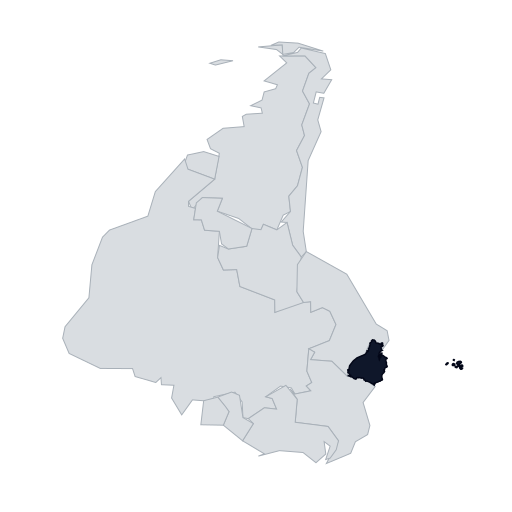 Ecuador highlighted on a map of South America, rotated 176°
{"feature_id": "ECU", "entity_name": "Ecuador", "entity_type": "country or territory", "adm_level": 0, "iso_a3": "ECU", "parent_name": "South America", "parent_adm1": "", "projection": "albers", "projection_center": [-81.617, -1.768], "detail": "fine", "context": "in_parent", "style": "filled", "palette": "ink", "viewbox_px": 512, "rotation_deg": 176, "n_neighbors": 12, "source": "natural_earth", "source_scale": "50m", "svg_char_len": 8296}
<svg xmlns="http://www.w3.org/2000/svg" viewBox="0 0 512 512"><g transform="rotate(176 256 256)"><path d="M215.2,455.2L221.1,460.5L239.2,464.4L215.1,464.8L215.2,455.2ZM291.9,335.5L285.4,361.0L293.9,366.2L296.7,375.7L279.9,385.7L258.8,385.9L259.9,396.2L255.8,398.1L239.7,398.0L240.6,403.4L250.8,406.3L239.1,411.1L236.4,419.1L224.7,421.5L222.7,425.3L235.7,430.1L211.9,446.5L218.5,453.9L193.2,452.2L183.1,439.7L190.5,434.6L198.1,417.3L192.0,404.0L201.2,383.6L199.2,372.8L208.2,358.4L203.5,341.2L209.7,323.2L219.1,313.4L218.5,298.0L226.0,294.9L233.4,280.6L246.4,287.1L249.2,281.9L257.0,282.3L270.6,294.6L291.5,303.4L285.5,315.9L305.4,318.0L316.5,306.4L319.5,315.3L291.9,335.5Z" fill="#d9dde1" stroke="#a8b0b8" stroke-width="1"/><path d="M215.2,455.2L215.1,464.8L226.4,465.1L218.3,467.9L199.2,465.4L174.6,455.7L198.5,461.3L204.2,456.4L215.2,455.2ZM210.9,251.8L218.7,264.2L222.7,287.3L228.5,288.1L218.5,298.0L219.1,313.4L209.7,323.2L203.5,341.2L208.2,358.4L199.2,372.8L201.2,383.6L192.0,404.0L198.1,417.3L190.5,434.6L183.1,439.7L193.2,452.2L215.7,453.7L200.3,456.2L196.3,460.3L172.7,453.1L168.4,436.5L178.4,428.1L168.2,426.6L177.0,413.6L184.5,415.5L188.1,404.6L183.6,403.1L181.4,409.8L177.1,409.0L184.9,387.5L182.4,375.5L197.3,347.6L207.2,277.3L205.5,256.9L210.9,251.8Z" fill="#d9dde1" stroke="#a8b0b8" stroke-width="1"/><path d="M265.3,452.4L283.2,449.3L288.6,451.5L277.4,454.2L265.3,452.4Z" fill="#d9dde1" stroke="#a8b0b8" stroke-width="1"/><path d="M291.9,335.5L317.8,347.3L321.7,351.5L317.3,361.5L300.9,363.8L285.9,357.9L291.9,335.5Z" fill="#d9dde1" stroke="#a8b0b8" stroke-width="1"/><path d="M320.4,357.8L317.8,347.3L291.9,335.5L319.5,315.3L319.8,310.2L313.0,307.6L315.6,296.5L308.0,295.9L305.5,285.3L290.8,283.2L294.4,257.1L289.5,244.3L276.2,243.8L274.2,226.7L240.4,210.9L241.1,198.4L220.6,206.8L204.7,206.6L205.3,196.0L193.4,199.9L186.2,195.7L181.0,182.1L188.7,166.5L209.8,159.8L213.3,137.6L209.2,125.9L214.9,122.8L210.7,117.7L226.8,115.6L230.0,122.0L240.6,124.5L256.1,114.9L249.8,112.7L246.1,101.8L258.2,104.0L275.0,94.3L280.3,95.7L280.0,111.4L286.5,121.6L307.9,118.6L308.1,113.7L329.4,116.9L341.2,102.7L350.1,120.2L346.9,132.8L359.3,134.2L359.3,141.3L364.8,136.8L385.0,144.2L387.0,152.3L419.2,154.7L449.2,171.8L454.6,187.4L451.4,198.8L425.6,226.0L420.3,258.7L407.8,285.5L400.3,292.1L361.1,303.3L351.9,327.3L320.4,357.8Z" fill="#d9dde1" stroke="#a8b0b8" stroke-width="1"/><path d="M211.8,206.3L241.1,198.4L240.4,210.9L274.2,226.7L276.2,243.8L289.5,244.3L294.4,257.1L291.7,269.1L283.1,264.9L264.6,266.4L258.1,283.7L249.2,281.9L246.4,287.1L233.4,280.6L222.7,287.3L218.7,264.2L210.9,251.8L217.7,217.5L211.8,206.3Z" fill="#d9dde1" stroke="#a8b0b8" stroke-width="1"/><path d="M209.8,159.8L188.7,166.5L181.0,182.1L186.2,195.7L193.4,199.9L205.3,196.0L204.7,206.6L211.8,206.3L217.7,217.5L215.3,244.5L205.5,256.9L166.7,231.5L140.8,179.7L130.4,172.3L129.2,162.5L137.0,153.1L136.0,160.3L148.6,161.2L154.3,150.3L170.4,140.3L173.5,129.8L187.7,145.7L208.8,148.8L204.2,155.9L209.8,159.8Z" fill="#d9dde1" stroke="#a8b0b8" stroke-width="1"/><path d="M231.3,121.2L226.8,115.6L210.7,117.7L214.9,122.8L209.2,125.9L213.3,137.6L209.8,159.8L204.2,155.9L208.8,148.8L187.7,145.7L173.5,129.8L157.2,126.5L146.3,117.4L159.4,102.4L154.2,79.0L157.1,70.1L169.8,63.8L175.3,52.6L200.3,44.1L186.6,65.9L196.0,80.9L228.5,87.4L224.9,110.1L231.3,121.2Z" fill="#d9dde1" stroke="#a8b0b8" stroke-width="1"/><path d="M275.0,94.3L258.2,104.0L246.1,101.8L249.8,112.7L256.1,114.9L235.2,124.9L224.9,110.1L228.5,87.4L196.0,80.9L186.6,65.9L189.5,57.1L196.1,49.2L200.7,48.1L195.3,61.1L201.0,66.1L200.2,53.6L210.6,45.6L222.8,56.7L246.2,60.2L267.6,56.2L261.5,58.1L282.3,72.6L270.3,89.0L275.0,94.3Z" fill="#d9dde1" stroke="#a8b0b8" stroke-width="1"/><path d="M304.0,117.9L289.9,122.0L282.2,118.2L280.3,95.7L270.3,89.0L282.3,72.6L300.4,89.5L293.8,102.6L304.0,117.9Z" fill="#d9dde1" stroke="#a8b0b8" stroke-width="1"/><path d="M318.3,115.3L304.0,117.9L296.8,107.7L293.8,102.6L300.4,89.5L322.8,91.5L318.3,115.3Z" fill="#d9dde1" stroke="#a8b0b8" stroke-width="1"/><path d="M289.5,270.5L290.8,283.2L305.5,285.3L308.0,295.9L315.6,296.5L311.8,313.2L305.4,318.0L285.5,315.9L291.5,303.4L258.1,283.7L264.6,266.4L283.1,264.9L289.5,270.5Z" fill="#d9dde1" stroke="#a8b0b8" stroke-width="1"/><path d="M172.2,130.1L171.8,130.4L171.4,130.4L170.9,130.5L170.1,130.2L169.8,130.2L169.8,130.5L170.3,130.8L170.8,131.1L171.0,131.6L171.2,132.2L171.9,132.9L172.4,133.3L172.4,133.5L172.3,134.0L172.2,134.3L172.4,136.0L172.0,136.2L171.8,136.1L171.5,136.0L171.3,135.8L171.3,136.1L171.0,136.9L170.6,138.6L170.2,140.1L169.7,140.6L169.0,141.5L168.0,142.6L166.5,144.3L165.5,145.1L164.6,145.7L163.6,146.4L162.4,147.3L161.0,147.8L159.0,148.5L157.6,149.0L156.6,149.3L155.5,149.7L154.1,150.2L153.5,150.6L152.6,151.8L152.2,152.3L151.8,152.8L151.8,153.0L152.0,153.3L152.0,153.6L151.7,153.7L151.4,153.6L151.4,153.4L151.1,153.1L150.9,153.0L150.7,153.1L150.7,153.3L150.3,154.5L150.3,155.0L150.2,155.3L150.2,155.8L149.8,156.2L149.6,156.6L149.5,157.0L149.2,157.2L149.1,157.6L148.9,158.4L148.6,159.1L148.3,159.6L148.3,160.0L148.5,160.3L148.5,160.5L148.4,160.9L148.3,161.3L147.9,161.5L147.1,162.0L146.7,162.3L146.6,162.7L146.7,163.0L146.7,163.3L146.3,163.4L146.1,163.7L145.9,164.1L145.6,164.3L144.8,164.0L144.2,164.0L143.8,163.8L143.3,163.2L142.9,162.7L142.6,162.0L142.5,161.1L142.1,160.8L141.6,160.5L141.1,160.6L140.5,160.6L140.2,160.4L139.4,160.0L138.7,159.6L138.1,159.4L137.7,159.5L137.1,160.2L136.4,160.5L136.1,160.5L135.8,160.3L135.7,160.1L136.0,159.6L136.6,158.8L135.9,158.7L135.7,158.5L135.7,158.1L135.5,157.8L135.7,157.4L136.1,157.1L136.6,157.3L137.0,157.3L137.2,156.9L137.5,156.8L137.8,156.6L137.9,156.4L137.6,155.8L137.5,155.5L137.6,155.3L137.6,154.9L137.6,154.6L137.4,154.3L137.4,153.9L137.3,153.7L137.2,153.5L137.2,153.3L137.0,153.1L136.8,153.0L137.0,152.9L138.0,152.6L138.4,152.2L138.9,151.9L139.4,151.4L139.7,150.9L140.4,148.7L141.0,147.3L140.9,146.7L140.4,145.8L140.3,144.5L140.3,144.1L140.2,143.8L139.9,144.3L140.0,146.2L139.6,147.1L139.2,147.3L138.9,147.2L139.1,145.8L138.8,146.0L138.2,147.0L137.4,147.7L137.3,147.9L137.1,148.2L136.5,148.0L136.0,147.7L134.3,146.1L133.3,145.7L132.6,145.2L132.5,144.9L132.4,144.6L133.1,144.3L133.7,143.8L133.8,142.8L133.8,142.0L133.3,140.7L133.5,138.9L133.4,138.3L132.8,136.8L133.2,136.1L134.8,135.6L135.3,135.2L135.6,134.0L136.0,133.4L136.6,133.6L137.2,133.6L136.4,133.4L135.9,132.3L135.8,131.8L136.9,130.4L137.5,130.1L138.2,129.3L138.8,128.2L139.0,126.4L138.7,125.1L138.5,123.8L138.9,123.4L139.8,123.2L140.6,122.8L141.0,122.4L141.9,122.5L142.9,121.9L144.6,121.5L146.9,120.8L147.4,120.2L147.2,119.1L147.4,119.2L148.0,119.8L148.4,120.3L149.1,120.6L149.6,120.9L151.0,122.0L151.9,122.5L152.9,123.0L154.4,123.5L155.3,123.4L155.5,123.8L155.7,124.2L156.0,124.5L156.5,124.7L156.8,124.8L157.2,126.3L157.4,126.6L158.2,126.8L159.1,126.9L159.4,126.8L160.2,127.2L160.8,127.4L161.4,127.6L161.8,127.6L162.0,127.6L162.1,127.4L162.5,127.5L163.0,127.6L163.8,127.7L164.2,127.5L164.3,127.2L164.3,126.7L164.5,126.5L165.1,126.2L165.3,126.3L166.8,126.9L167.0,127.2L167.4,127.6L168.1,128.3L168.8,128.7L169.9,128.9L171.0,129.6L172.2,130.1ZM60.1,129.4L60.5,129.8L60.7,131.1L62.2,132.4L62.3,133.2L62.2,133.6L62.3,133.7L63.0,134.2L63.4,134.8L62.7,136.1L61.1,136.7L59.4,136.7L59.1,136.5L58.6,136.0L58.5,135.6L58.8,135.2L59.7,134.5L61.0,133.9L61.2,133.4L60.6,133.0L60.2,132.2L59.4,131.6L59.0,129.7L58.7,129.6L58.1,129.9L57.8,129.7L58.4,129.1L58.5,128.8L59.4,128.7L59.8,128.9L60.1,129.4ZM66.7,134.9L66.3,134.9L65.2,134.2L65.3,133.6L65.7,133.1L67.1,132.9L67.7,133.3L67.7,134.1L67.2,134.7L66.8,134.8L66.7,134.9ZM138.2,150.1L138.1,150.4L137.4,150.3L137.2,150.3L137.2,149.9L137.4,149.0L137.6,148.6L138.1,148.2L138.6,148.0L139.1,148.0L139.8,148.4L139.0,149.0L138.6,149.1L138.2,150.1ZM59.0,132.8L58.3,132.9L57.7,132.7L57.5,132.3L57.4,131.7L57.5,131.6L58.8,131.3L59.2,131.8L59.2,132.5L59.0,132.8ZM73.1,135.8L72.3,136.1L72.0,136.0L71.8,135.9L71.8,135.7L72.2,135.2L72.7,135.0L73.1,134.5L73.8,134.2L74.0,134.3L74.2,134.5L74.0,134.9L73.5,135.2L73.1,135.8ZM65.0,131.8L64.7,132.1L63.3,131.8L62.9,131.4L63.2,130.9L63.5,130.6L64.3,130.8L65.1,131.5L65.0,131.8ZM66.1,138.9L65.8,138.9L65.4,138.6L65.7,138.0L66.0,138.2L66.3,138.3L66.4,138.5L66.1,138.9ZM146.8,120.5L146.4,120.6L146.2,120.2L146.7,119.8L146.9,119.8L146.8,120.5Z" fill="#0f172a" stroke="#020617" stroke-width="1.5"/></g></svg>